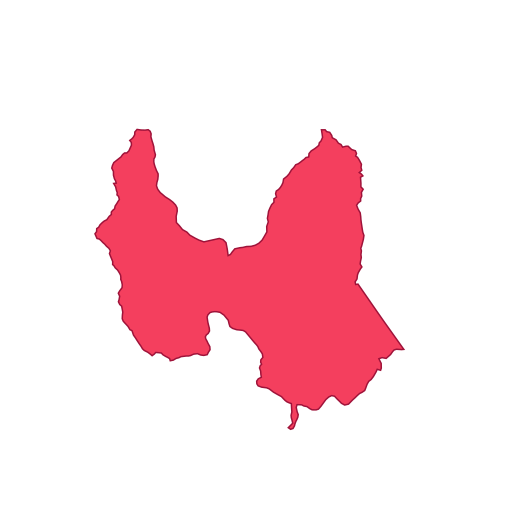 Corumbá de Goiás, Goiás, Brazil, rotated 221°
{"feature_id": "56859067B32430674768714", "entity_name": "Corumbá de Goiás", "entity_type": "district", "adm_level": 2, "iso_a3": "BRA", "parent_name": "Brazil", "parent_adm1": "Goiás", "projection": "mercator", "projection_center": [-48.655, -15.953], "detail": "fine", "context": "isolated", "style": "filled", "palette": "rose", "viewbox_px": 512, "rotation_deg": 221, "n_neighbors": 0, "source": "geoboundaries", "source_scale": "gbopen_adm2", "svg_char_len": 4892}
<svg xmlns="http://www.w3.org/2000/svg" viewBox="0 0 512 512"><g transform="rotate(221 256 256)"><path d="M289.4,394.2L286.3,391.6L283.6,389.2L282.4,385.5L282.5,383.0L281.2,380.7L281.6,378.0L282.1,375.5L283.3,371.5L283.2,368.1L281.2,365.3L282.9,363.1L283.1,360.4L283.6,358.4L284.0,356.1L284.6,353.4L285.9,350.9L285.5,347.4L285.7,344.2L284.9,339.7L284.9,336.5L285.7,332.2L283.8,329.1L283.0,326.4L282.6,323.8L282.6,321.1L283.3,318.3L282.1,315.9L279.2,313.9L280.0,310.9L277.7,308.3L277.9,305.0L276.9,301.2L275.8,297.9L273.8,294.8L272.1,291.9L269.1,289.8L267.3,285.3L263.6,281.3L262.6,276.4L261.8,272.0L262.2,267.5L263.6,263.7L266.0,260.1L269.3,257.0L271.6,253.8L273.4,251.9L276.7,247.5L276.6,243.3L276.3,240.4L277.3,238.0L282.3,242.4L287.4,246.4L291.7,246.7L295.2,245.2L304.6,232.5L309.4,230.6L313.7,229.5L319.6,228.3L323.8,228.7L328.8,227.7L333.8,228.6L338.0,229.0L342.3,233.6L344.9,238.2L347.1,240.5L350.1,241.7L354.1,242.1L358.1,241.9L363.4,241.1L367.3,241.1L369.8,241.0L374.0,241.9L377.2,243.7L379.0,246.4L380.4,249.4L382.3,252.1L383.8,253.8L387.2,255.2L390.9,257.2L393.4,258.8L395.0,260.1L396.7,262.2L397.2,264.5L398.3,266.4L402.4,269.1L404.8,271.4L407.5,273.2L410.0,274.7L413.5,277.0L415.3,279.4L417.7,280.7L420.2,280.6L422.3,278.2L425.5,275.6L428.8,273.5L428.8,270.1L427.1,267.9L426.5,264.9L426.6,262.7L427.1,260.4L424.6,259.9L422.7,257.9L420.9,252.0L421.1,249.0L422.8,247.5L423.2,245.1L422.9,242.2L423.4,239.6L424.6,233.2L423.7,230.1L422.5,227.7L419.1,226.3L416.6,223.5L413.5,221.4L411.3,220.6L409.3,219.3L411.0,217.4L407.3,216.1L404.3,213.9L402.3,212.8L401.0,210.9L398.8,210.8L396.2,209.0L395.9,206.6L395.5,204.4L395.1,201.3L393.7,198.8L394.1,196.5L394.0,194.2L392.4,192.4L392.8,189.6L392.4,185.5L393.5,182.8L393.9,180.6L394.2,177.4L393.6,174.4L394.2,172.2L392.3,169.8L392.1,167.1L387.5,164.9L385.3,166.0L383.2,166.0L380.3,165.7L377.9,165.7L375.3,165.3L372.0,165.3L369.3,164.4L368.2,161.7L365.7,160.4L362.3,158.7L360.4,157.7L358.6,155.5L356.6,155.4L354.5,154.7L351.2,154.6L348.0,153.6L345.7,152.7L344.0,151.2L342.7,149.6L340.7,148.6L338.0,146.5L336.3,144.2L336.0,140.2L335.5,137.6L332.5,136.2L330.7,133.2L329.8,131.2L327.0,130.0L324.5,130.0L322.2,128.2L319.7,126.2L318.1,123.8L315.8,120.9L313.4,119.7L311.2,119.4L309.1,119.2L306.4,118.9L302.8,117.7L300.6,118.3L296.5,115.9L293.2,115.1L290.2,114.2L287.0,113.3L283.7,112.5L280.8,111.5L278.4,111.4L274.4,112.4L271.4,112.6L269.0,112.6L268.4,115.3L268.4,117.4L265.7,119.4L263.7,120.7L261.6,120.4L258.5,120.9L256.2,121.5L253.9,121.9L252.0,120.7L250.1,123.2L249.1,126.3L247.5,128.6L246.6,130.8L243.2,134.6L241.4,136.2L240.1,137.9L238.7,141.0L236.1,143.9L232.8,145.0L230.2,146.7L228.1,149.5L228.8,152.2L229.2,155.1L231.4,157.3L234.9,158.6L237.1,159.6L239.6,160.5L241.2,161.8L241.7,163.8L241.3,166.2L241.9,168.9L243.9,170.9L247.2,173.2L249.0,174.5L251.2,176.4L252.8,177.8L253.7,180.0L253.6,183.1L252.5,184.9L250.9,186.7L249.2,188.1L246.2,189.9L241.4,190.4L234.8,189.3L231.9,187.2L229.4,185.7L226.2,186.0L222.2,187.7L219.4,189.7L216.8,191.4L214.1,191.9L210.4,191.3L203.2,190.1L200.1,189.6L197.3,189.3L195.3,188.9L192.8,187.7L189.8,187.1L187.0,186.3L184.3,184.0L184.2,180.8L182.8,178.9L180.8,178.0L180.8,175.9L179.9,173.8L177.0,172.2L174.7,169.9L172.4,168.0L173.7,164.8L173.4,162.0L171.5,160.1L169.2,159.4L165.7,160.7L161.5,163.5L158.8,164.4L153.5,164.7L149.0,165.6L144.6,166.6L141.8,166.3L139.4,166.1L137.1,166.2L134.8,166.9L132.5,167.8L129.6,164.8L126.6,161.8L125.0,158.8L123.2,157.1L121.5,156.0L118.6,153.9L119.0,147.6L116.2,147.9L114.9,150.1L115.5,153.0L116.5,154.9L117.4,157.3L118.0,159.7L118.7,161.8L120.1,164.0L122.7,165.4L126.3,168.1L127.5,170.7L124.0,173.6L121.5,174.2L118.7,175.8L115.2,176.1L112.8,176.7L111.2,178.0L109.7,179.3L108.4,181.4L108.4,185.2L109.1,193.4L108.6,197.3L107.3,200.3L104.7,201.7L100.8,201.3L97.1,201.1L94.9,200.9L91.3,201.7L89.0,204.9L88.8,208.4L88.7,210.5L88.3,213.6L88.0,217.4L87.6,220.3L86.6,222.5L85.7,225.8L86.6,228.4L88.0,232.0L88.7,235.3L88.1,238.3L88.3,241.9L89.3,247.1L90.2,250.0L87.0,251.5L87.9,253.6L91.1,257.1L93.6,258.1L95.9,259.1L94.2,262.0L90.6,264.1L89.8,269.9L90.2,273.6L90.1,275.8L88.8,277.8L84.7,280.9L83.2,282.5L115.6,290.3L128.8,293.6L160.6,301.7L162.1,299.9L164.2,301.5L164.7,304.9L167.0,308.3L167.9,310.6L168.7,314.6L168.9,317.2L172.2,318.3L173.6,320.5L175.5,323.9L177.8,326.0L179.8,329.0L182.0,330.6L182.7,332.6L185.9,339.0L188.0,342.3L191.0,344.0L193.2,345.8L198.7,350.5L200.6,352.2L202.9,354.5L205.6,356.9L209.8,358.4L213.4,360.3L213.7,363.1L213.1,366.2L214.7,367.9L215.5,370.6L218.2,373.2L218.9,376.7L222.2,377.0L224.5,379.7L228.8,384.0L227.9,386.6L230.2,387.0L232.8,386.7L232.4,390.1L234.8,391.7L236.6,394.4L240.6,396.0L244.1,397.1L246.4,396.8L247.4,399.3L250.0,400.6L253.7,399.1L258.5,399.3L260.0,398.0L262.1,395.0L265.0,395.9L267.8,395.2L271.8,396.2L276.0,395.3L278.0,396.7L281.5,397.7L284.3,396.2L286.6,396.6L289.4,394.2Z" fill="#f43f5e" stroke="#9f1239" stroke-width="1.5"/></g></svg>